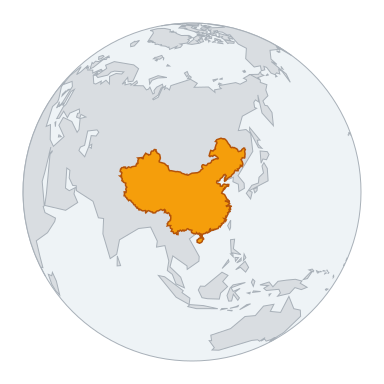 globe centered on China
{"feature_id": "CHN", "entity_name": "China", "entity_type": "country or territory", "adm_level": 0, "iso_a3": "CHN", "parent_name": "Asia", "parent_adm1": "", "projection": "orthographic", "projection_center": [106.815, 35.887], "detail": "fine", "context": "on_globe", "style": "filled", "palette": "amber", "viewbox_px": 384, "rotation_deg": 0, "n_neighbors": 0, "source": "natural_earth", "source_scale": "50m", "svg_char_len": 17168}
<svg xmlns="http://www.w3.org/2000/svg" viewBox="0 0 384 384"><circle cx="192" cy="192" r="169" fill="#eef3f6" stroke="#a8b0b8"/><path d="M347.4,257.4L347.1,258.2L347.0,258.5L347.4,257.4ZM291.6,55.5L280.2,48.9L279.3,47.9L276.5,46.6L277.3,48.0L278.6,49.3L270.0,50.3L271.0,59.1L276.9,64.4L271.2,61.6L286.2,73.9L290.3,82.3L282.2,71.4L278.7,69.3L279.8,74.0L276.5,72.9L275.1,74.7L271.0,73.1L266.6,67.4L263.9,66.4L264.8,69.8L261.4,70.8L260.4,65.8L254.2,67.0L245.7,58.7L246.4,48.3L238.2,44.0L229.9,34.7L227.3,35.0L222.4,32.2L217.6,31.6L217.4,30.5L213.7,31.1L214.7,32.3L213.5,33.1L210.7,33.0L210.0,31.4L211.3,31.2L209.7,30.7L210.5,30.0L208.5,30.3L208.0,28.6L204.4,30.2L200.6,28.8L201.4,27.8L206.6,28.0L221.5,27.4L223.9,27.2L222.1,26.2L207.3,23.8L207.6,23.8L220.5,25.5L233.2,28.1L245.6,31.8L257.8,36.4L269.5,41.9L280.8,48.3L291.6,55.5ZM202.8,23.4L203.3,23.4L197.5,23.3L200.1,23.8L198.1,24.0L198.7,24.9L192.9,24.8L186.9,24.4L186.1,23.8L183.4,23.7L179.5,24.6L173.5,24.2L161.7,25.8L161.4,25.8L175.1,23.9L188.9,23.1L202.8,23.4ZM350.5,135.4L349.2,132.7L349.6,132.7L350.5,135.4ZM348.7,132.3L349.1,133.0L348.8,132.7L348.7,132.3ZM348.7,132.9L348.7,132.5L348.8,133.3L348.7,132.9ZM348.8,134.1L348.7,133.3L348.7,133.5L348.8,134.1ZM348.5,135.0L348.3,135.2L348.1,134.1L348.5,135.0ZM279.7,50.2L277.7,48.2L278.2,47.6L280.2,49.2L279.7,50.2ZM278.4,52.3L276.5,50.8L279.9,51.7L279.9,52.2L278.4,52.3ZM281.9,68.7L280.9,66.3L283.0,69.1L281.9,68.7ZM275.7,75.2L277.0,76.4L275.7,76.9L275.7,75.2ZM201.9,25.0L200.4,25.0L201.0,24.8L201.9,25.0ZM203.6,25.5L205.5,25.4L206.7,25.6L205.4,25.7L203.6,25.5ZM268.3,75.0L265.8,75.7L267.6,74.0L268.3,75.0ZM201.0,25.7L208.4,26.1L210.3,26.6L207.3,27.5L201.0,25.7ZM263.9,75.4L257.9,77.6L260.4,80.1L250.1,74.5L258.5,74.3L260.3,71.7L261.3,74.2L263.9,75.4ZM216.3,32.8L215.0,31.5L218.6,32.7L216.3,32.8ZM218.9,33.4L231.8,36.9L232.3,39.1L227.9,37.3L230.6,40.5L224.5,39.7L221.6,37.9L222.5,36.5L219.5,37.3L218.9,33.4ZM245.3,71.3L243.2,71.1L244.6,70.3L245.3,71.3ZM213.2,33.5L215.8,33.9L216.4,35.7L211.4,35.3L212.8,34.8L213.2,33.5ZM234.3,41.8L233.9,43.3L228.8,43.0L227.9,43.6L224.4,39.9L234.3,41.8ZM211.2,34.4L208.8,35.1L206.0,34.2L210.8,33.3L211.2,34.4ZM218.7,36.4L218.7,37.3L217.1,36.7L218.7,36.4ZM194.7,32.0L197.7,32.1L198.3,33.1L194.7,32.0ZM208.1,35.5L209.0,35.8L209.6,36.2L207.5,36.6L208.1,35.5ZM221.0,40.2L219.0,39.9L222.2,41.6L218.5,41.8L216.8,39.4L216.0,40.5L214.9,40.5L214.8,38.5L221.0,40.2ZM207.0,38.4L203.6,35.7L197.8,35.1L197.1,34.2L206.6,35.4L207.0,38.4ZM211.6,38.6L208.6,38.2L209.3,37.1L211.7,36.8L211.6,38.6ZM216.7,42.8L222.7,43.2L222.9,43.7L216.7,42.8ZM205.2,38.4L206.1,39.0L204.7,38.4L205.2,38.4ZM213.0,41.6L215.1,41.6L215.2,42.2L213.0,41.6ZM206.0,40.4L204.9,39.5L206.5,39.2L206.0,40.4ZM209.1,41.1L208.8,42.0L207.8,39.6L210.0,41.0L209.1,41.1ZM212.8,42.2L213.5,42.5L211.9,42.1L212.8,42.2ZM200.5,42.5L198.8,39.6L202.4,38.7L203.5,41.6L200.5,42.5ZM63.2,82.7L65.6,80.9L61.4,86.8L58.8,98.9L57.6,101.9L52.5,106.6L46.2,126.4L50.5,124.6L50.2,139.6L53.4,146.3L64.1,136.6L58.9,125.2L63.3,117.4L71.8,121.5L77.1,132.3L79.0,129.6L80.1,118.5L85.9,117.0L81.0,114.4L79.6,118.4L76.5,117.1L77.6,113.4L79.6,112.9L79.3,109.0L69.8,113.1L67.4,117.6L63.7,111.2L59.3,118.2L56.7,118.6L63.2,107.0L66.0,104.4L74.3,89.5L71.0,91.5L62.9,105.9L63.4,103.3L58.8,106.8L62.7,102.1L72.4,86.5L72.1,81.4L63.8,84.4L65.3,81.4L70.2,75.5L81.2,66.6L76.6,74.6L80.4,72.2L88.1,65.3L86.1,68.6L88.7,66.9L87.6,70.0L92.8,70.1L92.7,73.0L101.2,69.3L102.3,70.5L97.0,72.2L93.2,75.3L93.8,83.5L95.8,84.0L101.3,81.1L100.8,84.0L106.0,80.2L109.5,84.0L109.6,76.4L116.1,73.5L121.7,74.0L123.8,71.9L114.6,71.1L111.0,72.1L107.8,75.1L97.8,77.5L96.2,75.6L106.7,68.4L105.6,65.2L114.3,61.6L133.8,64.9L138.6,68.7L132.9,81.2L128.1,81.8L127.7,77.4L122.1,84.2L125.4,82.3L125.0,84.9L131.0,83.4L131.0,85.2L136.8,80.8L137.5,82.9L133.8,85.6L143.3,85.8L146.4,89.9L148.5,89.1L149.9,87.1L152.9,94.0L154.4,93.1L154.0,90.5L156.6,87.2L162.4,84.2L163.1,86.7L161.1,88.1L158.0,95.2L152.6,99.0L153.4,99.8L158.3,97.2L162.2,88.4L165.5,86.0L164.3,90.0L165.0,88.3L166.9,87.9L169.4,90.0L170.9,85.6L190.5,79.3L197.3,83.3L194.1,87.3L208.5,87.0L215.0,92.4L214.6,89.8L221.3,88.6L219.3,86.8L219.6,85.5L235.7,82.6L240.1,84.2L246.6,80.9L246.4,79.7L243.5,78.3L250.1,74.5L260.4,80.1L260.3,82.4L266.9,84.7L265.8,90.0L267.9,95.8L262.9,100.9L265.0,105.4L267.4,105.8L272.0,112.5L273.4,125.7L262.0,113.0L257.8,94.9L258.6,101.9L255.4,99.9L253.8,102.3L254.6,107.5L256.6,108.3L242.3,116.2L238.3,130.6L246.0,129.5L250.7,133.7L252.8,151.4L238.0,175.7L244.1,183.2L244.4,188.3L238.9,191.6L238.3,184.2L232.9,181.7L233.4,177.3L224.3,180.8L224.7,174.6L217.5,180.8L220.1,185.6L227.9,184.5L221.6,193.0L229.4,201.5L230.2,211.6L216.6,229.2L202.9,234.1L202.0,237.1L196.7,233.3L189.4,238.9L199.2,256.5L198.9,261.2L187.2,269.4L187.0,265.9L172.8,255.9L170.0,266.9L180.7,277.2L184.4,287.8L176.0,283.9L172.3,274.3L167.3,270.5L168.8,261.0L164.9,245.6L156.5,247.1L157.3,241.1L150.6,227.1L138.6,228.5L119.5,239.8L116.7,254.2L110.2,258.6L102.9,233.9L103.6,218.5L98.4,217.8L93.0,201.3L76.4,190.6L76.3,185.8L72.7,185.4L69.2,177.9L69.9,170.3L66.8,168.0L65.5,188.1L69.2,190.7L75.3,187.6L74.0,193.9L77.7,202.5L65.6,210.3L44.7,205.4L46.4,193.8L50.0,154.4L52.1,151.8L52.2,151.4L52.5,150.6L49.0,154.3L50.9,147.0L44.8,172.2L42.2,181.4L44.3,205.8L43.2,206.5L45.0,212.6L55.5,218.1L54.7,221.5L47.5,232.7L36.3,240.8L40.0,256.6L42.9,267.6L40.8,267.1L45.4,276.1L39.8,265.3L34.9,254.2L30.8,242.7L27.6,231.0L25.2,219.0L23.7,207.0L23.1,194.8L23.3,182.6L24.4,170.5L26.4,158.5L29.2,146.7L32.9,135.1L37.4,123.8L42.7,112.8L48.8,102.3L55.6,92.2L63.2,82.7ZM78.9,150.5L84.7,156.8L88.8,146.5L91.3,148.3L91.8,144.3L89.0,145.8L91.2,135.6L96.1,136.0L98.8,132.2L97.0,129.9L87.7,131.0L84.6,145.3L80.4,147.1L78.9,150.5ZM104.0,56.3L101.5,58.5L98.6,59.4L98.8,56.8L102.9,55.4L104.0,56.3ZM98.5,61.6L108.9,55.9L109.3,57.6L107.3,57.5L106.5,59.3L103.1,59.7L93.3,67.4L90.1,68.8L92.1,62.5L93.1,63.6L95.6,61.2L98.5,61.6ZM134.9,41.9L139.5,40.4L134.3,45.9L130.7,46.7L130.6,43.9L134.8,41.3L134.9,41.9ZM194.3,27.6L196.4,27.4L196.6,27.8L195.0,28.2L194.3,27.6ZM196.1,32.0L185.5,29.1L187.3,28.6L179.0,28.0L180.5,26.6L185.9,27.0L180.8,25.7L186.3,25.6L182.3,25.0L194.1,25.9L198.8,26.0L192.9,26.3L191.4,27.5L192.1,28.0L197.8,29.8L207.1,31.0L207.1,32.7L204.6,33.6L202.3,33.6L203.1,32.4L199.5,33.2L198.8,31.5L196.1,32.0ZM175.1,48.6L176.9,46.3L169.6,49.4L168.9,47.0L168.1,47.5L165.5,46.2L160.9,45.7L161.4,44.6L159.4,44.9L157.7,44.2L155.1,44.4L155.0,42.5L151.9,42.6L153.7,41.6L148.3,42.4L152.2,41.0L150.3,40.3L147.5,42.0L153.4,33.1L152.8,31.2L150.1,30.5L157.3,28.7L164.4,28.4L170.4,29.6L170.0,32.0L173.3,31.0L174.1,31.9L171.1,32.3L176.1,32.3L176.0,33.3L181.3,35.5L188.7,35.4L190.8,36.4L187.9,36.9L192.1,37.6L188.0,39.4L189.4,40.2L186.8,43.1L180.2,44.0L182.4,44.9L180.5,47.3L175.1,48.6ZM199.5,43.2L191.9,44.4L187.7,43.8L194.0,39.2L193.3,38.2L197.2,35.6L203.1,36.7L201.4,37.3L201.2,38.1L199.5,37.4L200.7,38.6L198.4,39.6L198.8,40.8L196.2,40.8L199.5,43.2ZM59.5,101.7L59.1,103.5L59.3,105.5L56.5,108.0L59.5,101.7ZM65.8,91.0L66.0,92.0L62.0,96.0L62.4,94.3L65.8,91.0ZM69.5,89.3L66.3,91.7L68.2,89.4L69.5,89.3ZM97.5,73.1L98.1,74.1L96.8,75.0L94.9,75.4L97.5,73.1ZM153.4,58.8L155.1,57.3L156.1,57.4L161.8,55.4L162.8,57.2L159.7,59.2L153.4,58.8ZM61.3,136.7L58.4,137.0L58.8,134.9L59.7,135.2L61.3,136.7ZM55.8,121.8L55.4,126.7L55.0,122.4L55.8,121.8ZM155.5,60.5L157.7,59.4L156.8,61.0L155.5,60.5ZM163.8,58.5L163.3,60.3L163.6,57.2L163.8,58.5ZM56.3,280.9L59.7,295.0L55.8,290.9L51.8,284.3L48.3,274.3L51.7,275.7L52.4,272.4L56.3,280.9ZM227.1,310.2L232.1,310.4L231.9,310.9L227.1,310.2ZM221.8,308.5L227.6,308.4L220.8,309.8L221.8,308.5ZM229.9,308.3L235.8,306.7L238.4,305.5L237.9,306.7L229.9,308.3ZM217.8,308.7L196.3,308.6L187.8,306.6L189.8,304.6L203.5,305.6L217.8,308.7ZM189.1,304.5L176.1,297.2L158.4,275.5L164.7,276.8L183.2,290.7L182.0,292.6L189.9,298.2L189.1,304.5ZM220.6,293.1L219.3,299.1L207.4,298.7L202.0,297.7L198.3,290.0L200.4,286.1L204.8,286.3L222.0,272.2L228.0,275.4L222.7,281.5L227.6,286.6L220.6,293.1ZM117.3,255.9L120.6,265.6L117.1,265.9L117.3,255.9ZM229.0,261.8L222.1,268.5L228.4,259.7L229.0,261.8ZM232.8,253.5L233.2,256.8L230.4,253.8L232.8,253.5ZM201.8,241.8L197.1,242.4L197.0,240.0L203.0,237.8L201.8,241.8ZM230.7,220.1L230.6,227.4L229.7,229.9L227.6,225.7L230.7,220.1ZM166.9,77.5L157.9,78.0L152.0,80.3L149.7,84.1L149.1,79.2L158.1,75.7L166.9,77.5ZM187.5,78.7L189.4,75.7L191.2,77.1L191.0,78.0L187.5,78.7ZM186.8,76.8L184.4,73.1L187.2,71.5L188.5,74.7L186.8,76.8ZM169.6,66.0L166.8,66.0L167.6,64.6L169.6,66.0ZM269.5,341.9L270.7,340.5L276.6,337.7L273.0,340.1L269.5,341.9ZM251.8,340.4L218.9,350.2L212.0,350.0L214.3,347.7L209.2,340.6L211.6,340.7L210.8,335.2L230.6,328.6L245.0,316.5L255.3,315.6L263.5,306.1L273.9,304.3L270.3,311.4L280.6,312.4L288.9,296.4L293.8,308.7L300.3,310.1L300.6,316.3L283.8,332.5L275.5,337.6L274.5,337.5L270.9,339.6L266.1,341.1L264.6,339.1L261.0,341.1L265.1,337.6L259.6,341.2L257.6,339.8L251.8,340.4ZM325.4,289.4L326.5,288.7L327.9,289.1L326.1,290.4L325.4,289.4ZM344.3,263.9L344.5,264.1L343.4,266.0L344.3,263.9ZM347.0,258.5L345.8,260.9L347.4,257.4L347.0,258.5ZM333.3,276.5L333.8,276.8L333.2,277.6L333.3,276.5ZM332.9,276.7L333.8,274.7L333.5,276.1L332.9,276.7ZM327.8,273.7L328.6,272.3L328.9,272.7L327.8,273.7ZM239.6,309.7L246.8,304.6L250.6,303.8L239.6,309.7ZM326.7,272.8L324.7,273.9L325.0,273.0L326.7,272.8ZM327.0,270.8L326.8,269.7L327.9,271.6L327.0,270.8ZM323.2,270.5L325.6,271.1L322.9,271.0L323.2,270.5ZM321.7,271.7L319.9,271.8L320.1,271.3L321.7,271.7ZM300.2,283.2L307.1,287.3L301.3,289.6L294.9,287.6L289.6,293.4L277.6,296.2L280.4,292.9L278.9,289.3L266.3,290.5L263.8,288.3L268.3,285.6L259.9,284.9L269.1,282.0L272.9,286.8L278.0,281.3L286.8,280.1L295.3,279.3L301.9,281.0L300.2,283.2ZM269.0,294.2L270.6,293.8L269.2,295.7L269.0,294.2ZM316.5,270.7L319.1,271.9L318.7,272.7L317.4,273.0L316.5,270.7ZM303.4,279.5L310.6,272.1L312.2,271.5L307.4,278.6L303.4,279.5ZM308.9,269.9L312.2,269.1L313.8,270.9L313.1,271.9L308.9,269.9ZM250.2,292.3L249.8,293.9L247.4,293.0L250.2,292.3ZM253.4,290.9L260.6,291.5L252.7,292.4L253.4,290.9ZM231.1,287.8L233.2,291.4L240.1,288.4L234.8,292.3L239.4,297.9L237.8,300.3L233.3,294.2L231.6,301.0L228.6,301.1L227.0,295.5L230.0,288.1L233.1,284.9L245.4,282.5L231.1,287.8ZM253.3,286.4L251.4,282.3L252.8,279.1L254.9,281.2L253.3,286.4ZM245.6,272.1L240.4,267.3L235.7,269.7L245.1,261.3L248.6,267.4L245.6,272.1ZM241.1,260.7L236.7,262.9L241.2,258.1L241.1,260.7ZM235.5,261.2L235.0,257.4L238.5,257.6L235.5,261.2ZM243.4,260.6L244.1,254.0L245.9,257.7L243.4,260.6ZM233.4,248.8L240.9,254.6L231.2,252.6L230.5,239.7L234.6,239.2L233.4,248.8ZM254.8,192.8L253.6,189.0L257.3,187.6L257.0,190.6L254.8,192.8ZM268.1,180.8L257.9,186.1L249.4,190.7L252.2,192.2L250.6,199.0L246.3,193.3L251.9,185.3L258.4,183.0L259.0,177.3L263.5,172.9L262.0,166.0L263.9,162.7L267.3,168.4L268.1,180.8ZM261.1,163.2L260.1,151.0L267.2,151.6L269.0,154.5L266.5,159.7L262.9,159.0L261.1,163.2ZM262.0,148.3L258.5,147.7L249.7,130.8L249.6,127.5L260.0,140.1L257.3,140.2L258.2,144.4L262.0,148.3ZM244.0,72.5L243.3,71.3L245.1,72.1L244.0,72.5ZM218.4,84.6L219.1,83.0L221.2,83.9L218.4,84.6ZM222.3,79.2L219.4,79.3L222.2,78.1L222.3,79.2ZM212.9,79.9L218.1,78.8L213.6,81.4L212.9,79.9Z" fill="#d9dde1" stroke="#a8b0b8" stroke-width="1"/><path d="M195.2,233.9L194.6,233.5L193.5,233.7L192.4,232.8L191.6,232.6L191.3,231.1L191.9,230.3L190.2,229.8L189.4,229.9L187.8,228.7L186.7,229.2L186.2,230.1L185.4,230.4L184.7,230.2L184.2,230.9L183.3,230.2L183.0,230.7L182.5,230.2L181.6,231.1L180.2,230.1L179.2,231.2L178.1,230.8L177.6,231.4L178.1,232.7L178.0,234.6L176.7,234.4L176.3,232.8L175.0,233.5L173.7,233.4L173.2,231.8L171.2,231.3L172.2,229.1L170.5,228.3L170.1,226.2L170.6,225.6L168.9,225.5L167.2,225.9L167.6,225.0L167.2,223.8L167.8,223.2L168.1,222.1L170.4,220.5L170.2,219.9L170.6,219.6L170.8,218.1L170.7,215.5L170.2,215.3L169.8,215.5L169.4,213.8L168.4,212.6L168.1,212.6L167.4,213.4L165.7,212.5L164.8,212.5L165.7,211.6L165.4,210.7L164.6,211.0L164.6,210.5L165.2,210.1L164.5,209.4L162.7,210.4L160.9,209.4L158.5,210.8L157.2,210.9L155.5,212.3L155.5,212.7L153.7,213.0L152.8,212.8L152.9,212.4L152.1,211.8L151.4,212.0L148.7,210.6L147.6,211.0L145.8,212.9L145.5,212.3L145.9,210.9L145.5,210.5L142.9,210.9L141.7,210.5L140.5,209.5L139.9,209.9L139.4,209.2L138.9,209.7L138.3,208.5L137.0,208.1L137.3,207.3L136.4,207.2L135.2,205.9L135.1,204.9L133.8,204.7L133.1,203.2L131.1,201.4L130.9,200.5L129.5,200.1L128.6,200.7L127.8,199.4L126.8,198.6L126.9,198.0L125.3,196.7L124.9,195.5L124.1,195.6L124.5,193.7L124.2,191.9L124.9,191.9L125.2,192.7L126.0,192.5L126.3,190.5L125.8,189.4L126.1,187.9L126.8,187.2L125.6,185.7L125.5,183.9L125.8,183.2L123.8,182.4L123.0,181.6L123.0,181.1L122.2,181.0L121.8,180.2L122.3,179.3L122.2,178.4L121.5,177.9L121.5,177.3L119.8,176.0L121.5,175.8L121.2,175.1L121.9,172.8L121.0,171.7L120.4,171.8L120.1,171.5L120.6,169.0L121.2,168.9L121.3,168.2L121.9,167.6L123.8,167.5L123.9,167.0L125.5,167.1L125.4,168.1L126.7,168.4L128.4,166.9L130.9,167.6L131.6,166.9L132.5,166.6L135.9,166.1L136.3,164.3L137.2,163.9L137.0,163.4L137.9,163.3L137.9,160.4L138.4,159.2L138.7,158.8L137.8,158.0L141.6,157.6L141.9,158.3L143.0,158.7L143.4,157.9L143.0,157.3L145.7,153.2L147.3,154.2L148.5,154.5L148.6,155.0L150.1,154.6L150.6,154.2L150.9,152.3L151.5,151.2L153.2,151.0L154.3,149.5L156.0,149.7L156.0,150.1L155.7,150.4L156.2,151.0L155.9,151.4L156.8,152.1L156.8,152.6L157.5,153.4L158.3,153.5L159.7,154.7L160.4,158.1L160.0,158.9L160.0,159.6L159.1,161.0L159.3,162.0L164.5,163.5L166.7,165.6L168.0,165.9L167.8,166.6L168.2,166.9L168.6,169.0L169.5,170.7L171.3,170.7L176.1,171.7L177.2,171.5L180.5,172.1L181.8,173.3L183.8,173.8L185.2,174.6L186.9,174.3L186.9,174.9L188.0,175.2L191.9,173.2L197.5,172.7L199.8,171.6L201.0,169.9L202.9,168.7L201.7,166.9L202.0,165.5L202.6,164.8L203.6,164.7L204.3,165.2L206.2,165.5L207.1,164.8L208.0,163.5L210.3,163.1L211.2,162.2L211.8,160.5L213.3,160.1L213.4,159.5L214.0,159.6L216.1,158.6L217.2,158.9L218.2,158.6L218.2,158.1L217.6,157.3L214.9,155.2L213.5,155.4L212.8,156.4L211.6,155.9L210.5,156.1L210.0,156.6L209.3,156.1L209.1,155.4L209.5,155.0L209.5,154.1L210.7,150.4L213.0,151.0L214.0,149.9L215.4,149.1L215.4,148.5L215.0,148.2L216.1,144.6L217.0,143.0L216.6,141.8L215.4,141.5L216.7,139.7L221.0,138.2L223.3,139.0L223.7,138.7L224.8,139.0L226.5,140.6L228.5,143.9L229.5,144.8L229.8,145.8L230.4,146.1L230.6,147.2L231.6,147.7L232.8,147.3L233.7,147.8L234.4,147.6L236.1,148.6L236.7,148.6L237.0,149.3L237.7,149.9L237.8,150.8L238.6,151.6L241.2,150.8L242.0,149.4L243.8,148.0L244.6,148.2L244.6,148.9L245.3,149.6L244.6,151.1L245.1,154.1L244.8,155.3L245.0,156.1L244.6,156.6L244.8,157.6L244.6,158.0L242.3,157.7L241.8,158.9L241.0,159.5L242.2,161.6L242.8,163.5L242.8,165.0L241.7,165.8L242.1,166.0L242.1,166.3L241.3,165.8L241.2,165.4L240.4,165.3L240.5,166.9L239.7,167.2L239.2,168.5L237.5,169.0L238.2,170.0L238.1,170.7L236.0,170.7L235.4,170.2L234.9,170.4L233.9,173.1L231.9,174.8L230.9,176.6L229.6,177.0L227.9,178.1L226.3,180.0L225.7,180.2L225.7,180.7L224.7,181.2L224.5,180.7L225.6,179.9L225.5,179.6L225.8,179.1L224.6,179.3L224.5,178.8L225.0,178.4L224.9,177.8L225.5,177.4L226.2,175.7L225.1,174.5L224.9,174.9L223.7,174.9L222.5,177.1L220.3,178.8L219.6,180.6L218.1,181.1L217.5,180.7L216.9,181.0L216.6,182.4L216.9,183.1L217.8,183.7L220.0,183.9L220.4,184.9L220.2,186.0L221.1,186.4L222.2,186.3L223.1,184.6L224.1,184.0L226.3,184.7L227.2,184.4L228.7,184.5L228.3,185.6L228.6,185.9L228.2,186.3L227.2,186.1L225.4,187.4L224.8,187.4L225.1,188.0L224.7,188.1L224.6,189.0L224.1,189.3L223.8,188.8L223.5,188.9L223.4,189.2L223.8,189.5L222.1,191.8L221.7,193.2L224.5,194.5L226.4,198.0L226.5,199.0L227.8,199.5L228.1,200.3L229.2,200.9L229.3,201.4L229.1,201.5L228.0,201.2L227.1,201.3L225.9,200.8L224.8,201.4L226.4,201.0L226.7,201.5L229.0,202.6L229.5,203.3L229.7,203.7L228.6,204.3L227.5,205.6L226.4,205.8L225.8,206.3L226.5,206.0L226.9,206.5L228.4,205.7L229.5,206.5L230.6,206.7L229.3,208.0L230.2,207.5L230.4,207.8L230.5,208.9L229.9,208.6L229.3,209.1L229.9,209.5L229.6,209.6L229.9,209.8L229.5,210.5L230.0,211.4L229.2,211.8L228.8,211.5L228.4,212.4L227.9,212.6L228.2,212.9L227.7,213.9L227.8,214.4L226.6,216.8L226.2,216.9L225.9,216.3L225.7,216.7L225.3,216.5L226.2,217.7L225.2,218.7L224.4,218.6L224.9,219.0L225.7,218.8L225.8,220.6L224.7,220.5L225.0,221.1L224.2,221.3L224.1,222.1L223.4,222.5L223.5,223.1L222.0,223.3L221.4,223.8L222.0,224.4L221.0,225.7L220.6,225.7L220.4,226.5L220.1,226.1L219.6,226.6L219.1,226.4L218.1,228.5L215.9,229.0L215.5,229.4L214.7,229.2L213.8,229.9L213.2,229.5L213.0,230.2L211.6,230.4L210.4,229.4L210.4,228.7L210.1,228.8L209.7,229.3L210.3,230.2L210.3,231.3L209.3,231.8L209.1,231.4L208.8,232.3L207.8,232.7L207.1,232.2L207.0,232.9L206.0,232.6L205.1,233.5L203.5,233.7L202.3,234.6L201.9,234.3L201.2,235.4L201.8,235.7L201.6,236.2L202.2,236.6L201.8,237.2L200.5,237.1L200.7,236.8L199.8,235.5L200.5,233.9L199.5,233.3L199.5,233.8L198.4,234.1L198.3,233.6L197.4,233.6L196.6,232.8L196.6,233.6L196.1,233.4L195.2,233.9ZM203.3,238.0L203.7,239.0L202.6,240.0L202.1,241.6L201.1,242.5L199.6,243.2L197.3,242.3L197.1,240.2L198.8,238.8L198.6,238.8L198.8,238.5L201.3,237.9L202.5,238.1L202.6,237.7L203.3,238.0ZM229.4,202.1L228.6,202.0L227.7,201.4L228.3,201.4L229.4,202.1ZM231.1,206.3L230.4,206.3L230.2,205.9L231.0,206.0L231.1,206.3ZM226.3,219.9L226.0,220.4L226.0,219.8L226.3,219.9ZM201.5,235.2L202.2,235.0L202.2,235.3L201.5,235.2Z" fill="#f59e0b" stroke="#b45309" stroke-width="1.5"/></svg>